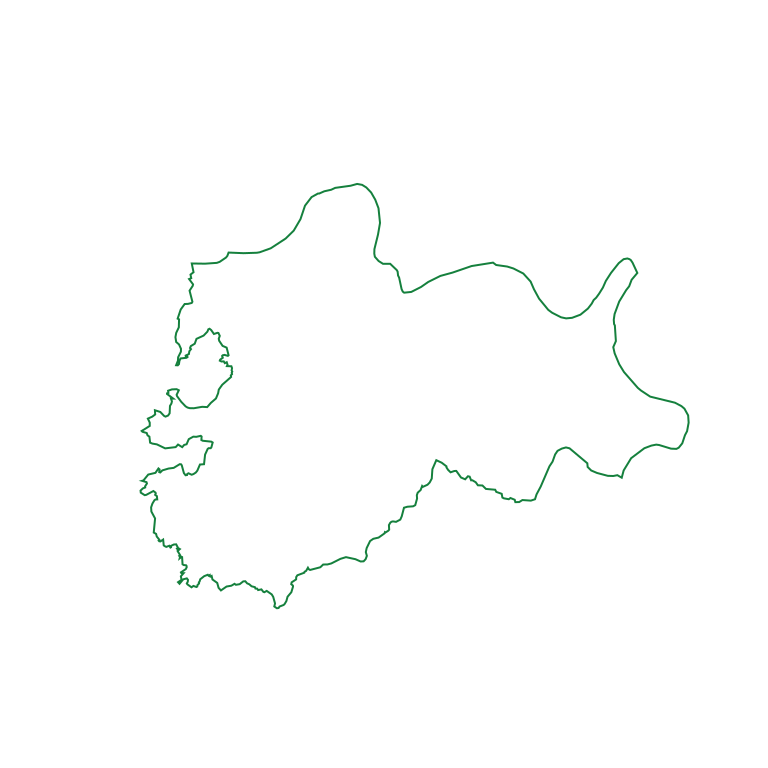 Narayanganj, Dhaka, Bangladesh, rotated 241°
{"feature_id": "16705992B28796010313895", "entity_name": "Narayanganj", "entity_type": "district", "adm_level": 2, "iso_a3": "BGD", "parent_name": "Bangladesh", "parent_adm1": "Dhaka", "projection": "natural_earth1", "projection_center": [90.594, 23.715], "detail": "fine", "context": "isolated", "style": "outline", "palette": "green", "viewbox_px": 768, "rotation_deg": 241, "n_neighbors": 0, "source": "geoboundaries", "source_scale": "gbopen_adm2", "svg_char_len": 6166}
<svg xmlns="http://www.w3.org/2000/svg" viewBox="0 0 768 768"><g transform="rotate(241 384 384)"><path d="M574.3,311.8L572.0,309.1L571.2,307.1L570.5,299.5L571.0,296.5L576.0,285.8L582.6,274.3L574.1,271.6L573.5,267.8L570.0,266.7L570.3,264.4L563.7,265.3L562.6,264.3L559.9,259.2L548.8,256.3L548.1,255.1L549.1,251.4L550.6,248.4L547.7,242.3L541.2,235.2L539.9,236.1L533.0,232.0L529.5,227.1L526.1,224.3L521.5,222.6L518.0,223.9L513.2,223.5L510.7,222.0L507.2,216.9L504.3,215.1L501.2,211.3L500.3,212.7L500.8,214.3L503.3,216.2L505.0,218.4L502.7,223.9L502.8,225.2L503.6,225.4L504.4,224.1L505.0,224.3L504.8,227.9L507.0,229.6L508.1,232.1L509.5,231.8L510.8,233.4L511.0,238.0L514.4,241.9L513.8,249.7L515.4,254.9L517.0,256.9L516.9,258.2L515.0,259.0L510.2,259.5L509.5,263.2L508.9,263.9L505.7,263.7L503.7,261.4L501.7,260.8L495.6,261.3L492.1,264.0L484.5,262.0L484.3,261.1L486.8,258.6L487.3,256.9L487.0,256.0L485.1,255.7L484.7,252.5L484.0,251.7L482.5,252.7L481.5,254.8L479.4,254.9L479.3,257.0L476.7,256.5L475.8,255.3L473.5,259.1L471.6,258.8L469.7,257.3L468.4,257.3L467.6,256.2L466.3,255.9L465.8,254.2L464.3,253.7L461.8,242.2L459.2,236.8L456.3,234.4L452.8,230.0L451.4,223.3L449.5,218.2L452.2,213.9L455.0,205.9L457.1,202.3L458.7,200.7L460.7,199.6L466.8,198.0L473.7,197.1L475.1,197.4L478.0,201.5L480.0,200.1L482.1,195.9L482.8,191.9L480.7,191.1L481.0,189.7L480.5,189.4L473.4,192.6L474.5,190.6L471.6,190.1L470.0,188.6L468.6,186.2L462.3,182.3L461.1,179.9L461.4,177.1L462.7,176.2L468.0,174.8L472.1,170.9L468.3,169.1L467.8,165.5L468.2,160.7L463.8,160.4L460.9,158.8L460.4,149.3L459.3,149.6L456.2,152.7L453.7,152.3L451.7,153.3L446.1,151.0L444.2,152.5L441.3,156.1L433.8,161.4L429.8,171.2L430.9,174.5L426.6,176.9L427.6,179.7L427.0,182.1L430.4,186.5L430.4,191.7L428.8,194.2L427.5,198.6L426.5,199.0L423.5,197.1L422.2,198.0L417.3,205.0L415.9,205.8L412.2,202.2L411.9,201.3L412.9,199.5L412.7,198.3L409.0,193.3L401.1,187.7L402.8,184.0L398.7,178.7L397.8,176.5L397.6,173.7L397.9,171.8L400.7,169.7L400.7,168.3L399.9,167.6L400.4,166.2L403.1,165.8L410.9,167.7L412.1,167.6L412.9,166.5L412.6,159.4L414.5,154.6L415.9,148.3L415.1,145.4L415.9,144.7L418.1,146.3L419.5,145.8L417.1,141.0L419.1,133.9L416.3,126.9L416.6,125.5L413.3,128.7L411.9,128.4L410.3,125.4L409.3,125.0L409.6,122.5L408.8,119.4L406.9,118.6L402.8,120.8L402.3,122.3L402.2,130.4L399.8,131.5L398.9,131.3L398.0,130.1L396.0,131.0L393.0,129.7L393.8,128.1L393.6,126.8L391.7,123.5L389.0,120.5L385.2,118.7L377.4,118.6L365.7,110.6L363.4,112.0L360.8,111.3L356.7,112.0L356.3,111.0L355.4,111.2L354.7,112.1L355.0,115.4L349.6,113.1L348.5,113.6L347.1,114.6L346.6,117.8L344.5,117.9L344.5,118.6L345.7,119.2L345.5,122.4L344.5,124.5L340.7,124.4L340.4,123.1L339.7,123.3L339.8,124.7L338.6,125.4L338.0,122.5L333.0,122.7L332.9,121.6L331.8,121.9L330.6,120.8L331.0,123.0L330.5,123.5L324.0,120.4L322.8,121.0L321.4,123.0L320.5,123.1L319.4,122.6L318.2,120.9L317.7,115.1L316.9,115.1L315.7,117.0L314.3,113.1L310.9,112.0L310.5,107.8L308.4,108.3L310.5,113.7L309.6,117.3L307.7,117.6L306.2,116.5L305.1,114.8L303.9,115.0L299.5,117.1L299.8,119.4L297.4,121.5L297.4,122.5L298.5,123.3L299.2,125.5L300.3,125.9L300.6,126.9L302.3,128.6L303.1,133.6L302.6,137.4L301.4,137.6L301.4,138.9L300.5,138.4L299.7,138.7L299.7,140.2L296.2,139.2L290.9,141.7L285.9,140.5L282.5,141.3L283.2,148.1L281.6,152.7L281.7,156.4L280.2,157.1L278.9,160.7L279.6,165.2L278.7,167.1L276.1,167.6L274.1,169.1L271.3,170.1L268.9,172.6L267.4,172.4L266.6,173.8L264.8,174.0L263.8,177.2L260.7,177.7L259.9,178.4L259.9,181.1L254.4,183.8L251.5,183.9L244.9,182.3L242.6,180.2L239.8,181.6L239.2,183.2L240.0,184.8L239.4,189.1L239.8,190.5L241.5,193.4L244.7,196.5L246.8,202.0L250.9,206.2L251.9,206.6L253.9,205.8L255.3,207.1L255.7,212.4L257.7,213.6L258.7,215.5L257.6,222.8L258.3,223.5L258.3,225.3L260.2,228.4L258.5,228.4L257.2,229.2L254.9,238.2L254.6,239.5L255.6,243.3L253.6,247.0L252.6,250.9L252.2,261.1L251.0,266.8L244.6,274.1L240.1,277.5L238.8,280.2L239.7,283.0L242.0,285.7L245.8,286.6L248.9,289.3L253.4,295.7L253.8,299.6L252.3,304.8L253.1,312.0L254.0,313.0L253.4,313.3L253.6,316.6L254.1,317.9L258.2,319.9L259.6,322.2L259.9,323.7L259.5,325.2L257.6,327.7L257.5,332.5L259.6,335.3L266.1,341.5L265.3,345.0L262.9,350.2L262.9,352.6L267.8,357.4L270.8,358.8L272.6,360.8L273.5,364.6L276.3,367.9L275.2,368.1L274.8,373.2L275.7,376.2L278.1,379.9L286.0,385.0L292.0,392.8L287.2,396.3L281.7,398.7L280.8,398.2L277.9,398.4L274.5,399.4L273.8,403.4L272.9,405.1L264.9,406.0L261.3,408.8L262.6,412.7L261.4,414.0L257.5,413.5L257.0,414.6L253.6,416.6L249.9,417.0L247.5,420.9L242.8,422.3L237.6,430.0L235.2,429.9L230.9,433.7L227.3,432.5L225.9,433.4L222.7,437.3L223.0,439.3L219.4,442.2L217.0,441.6L215.2,445.0L215.4,448.8L210.8,455.9L210.0,460.2L213.5,463.9L218.3,471.3L231.8,488.8L234.4,493.8L239.4,499.5L241.4,503.4L241.3,508.2L240.3,512.4L237.8,515.1L216.1,523.4L212.7,521.9L207.9,523.3L202.9,527.2L195.2,535.2L192.4,539.9L191.1,543.9L186.8,546.5L192.2,551.7L199.3,564.2L201.6,580.6L200.5,588.0L199.0,592.7L197.2,595.1L188.3,603.7L185.5,608.3L185.4,610.9L187.5,616.1L193.3,622.4L195.8,626.2L202.5,631.7L209.1,634.8L216.8,634.8L220.5,633.4L226.6,629.4L243.9,610.7L253.7,605.6L257.6,604.1L278.1,599.7L287.2,599.3L299.0,600.6L305.1,602.4L309.1,607.6L323.3,614.3L324.9,614.3L328.8,616.1L333.4,619.6L342.1,629.7L348.7,641.3L350.6,645.8L355.1,651.1L358.3,659.4L369.7,660.2L372.9,659.9L374.3,659.1L375.8,657.7L377.0,654.1L375.9,647.9L371.1,636.4L366.6,628.0L362.2,622.2L358.7,615.9L356.6,611.4L355.8,608.1L353.6,604.7L351.1,598.9L349.4,589.4L350.7,580.6L353.1,575.1L356.5,571.2L364.8,565.6L369.2,563.6L383.5,561.0L394.2,561.1L402.5,561.9L413.1,559.4L422.3,553.2L427.0,548.7L433.7,539.8L437.3,538.2L444.7,517.8L448.2,498.0L451.2,485.7L451.8,472.1L450.9,463.4L451.3,452.5L454.1,445.9L455.7,445.2L458.5,445.4L469.7,448.8L472.1,448.9L475.7,450.4L477.4,450.4L486.1,447.7L489.6,441.4L494.2,438.9L499.7,437.7L502.7,438.7L506.6,441.0L517.6,451.2L526.8,458.6L540.4,464.4L549.4,465.7L557.7,465.6L564.5,463.8L568.8,461.4L572.0,457.5L573.6,450.9L579.2,436.4L579.5,432.0L581.5,425.2L582.0,419.7L582.6,418.6L582.6,411.3L578.3,401.4L568.7,390.9L561.9,379.4L558.9,368.5L557.6,350.7L559.5,339.1L560.4,336.5L566.5,324.6L574.3,311.8Z" fill="none" stroke="#15803d" stroke-width="2"/></g></svg>